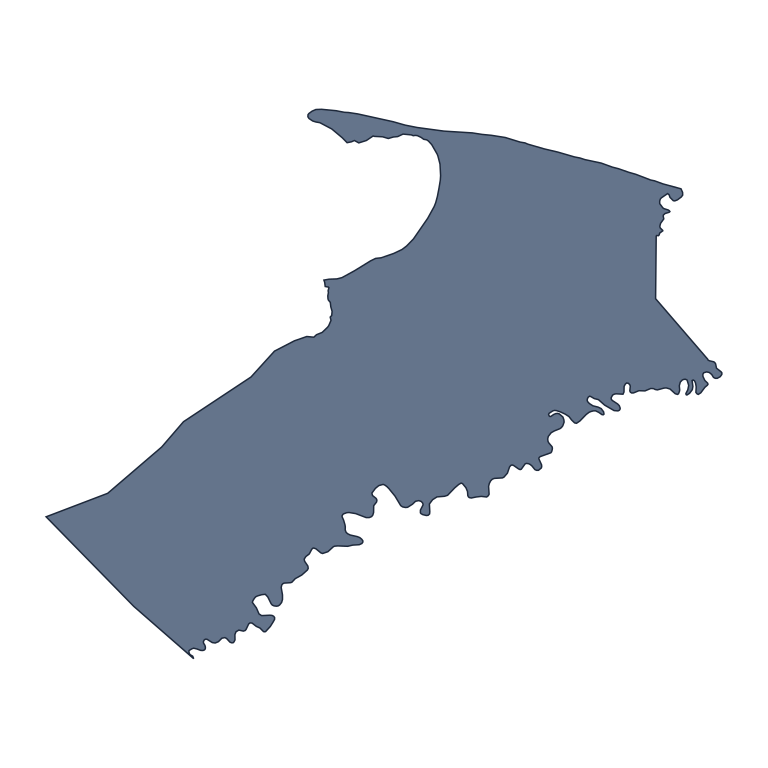 the district of Trujillo, Colón, Honduras
{"feature_id": "27666195B42436933929514", "entity_name": "Trujillo", "entity_type": "district", "adm_level": 2, "iso_a3": "HND", "parent_name": "Honduras", "parent_adm1": "Colón", "projection": "albers", "projection_center": [-85.893, 15.828], "detail": "fine", "context": "isolated", "style": "filled", "palette": "slate", "viewbox_px": 768, "rotation_deg": 0, "n_neighbors": 0, "source": "geoboundaries", "source_scale": "gbopen_adm2", "svg_char_len": 6131}
<svg xmlns="http://www.w3.org/2000/svg" viewBox="0 0 768 768"><path d="M681.0,188.8L663.0,183.9L654.5,180.8L650.6,180.0L635.8,174.3L628.8,172.3L618.5,168.7L612.3,167.1L601.3,163.1L584.9,159.6L580.0,158.0L574.4,156.9L557.9,152.1L544.3,148.9L527.7,144.1L525.0,142.9L520.2,142.1L505.3,137.5L491.4,135.3L482.1,134.4L472.4,132.9L443.9,131.1L417.2,127.5L405.1,125.1L393.1,121.7L357.7,113.9L348.4,112.5L344.4,112.3L336.1,110.7L321.6,109.3L315.9,109.5L312.0,111.2L308.9,113.5L308.0,114.7L307.9,116.8L309.0,118.5L312.7,121.0L315.9,122.0L319.9,122.7L331.8,129.0L342.3,137.8L347.1,142.7L351.5,141.8L354.4,140.5L358.8,142.9L366.4,140.5L373.1,136.0L374.5,136.4L382.6,136.8L388.3,138.5L393.4,137.0L397.7,136.6L403.0,134.1L411.4,134.9L413.2,135.7L415.2,135.4L417.3,135.6L421.1,137.4L423.7,139.3L426.6,139.8L428.4,141.0L431.7,144.6L437.2,154.2L437.9,156.0L440.0,164.1L440.6,175.7L440.3,180.2L439.0,188.1L437.4,196.4L435.7,202.7L434.2,206.5L427.7,218.3L413.4,239.0L406.6,246.0L402.0,249.5L393.6,253.5L381.1,257.8L375.6,258.4L370.5,260.9L354.4,270.8L342.0,277.6L336.9,278.9L329.0,279.2L323.9,280.1L324.7,282.4L325.2,286.5L328.4,287.1L328.9,287.7L328.1,290.8L328.4,292.6L327.8,295.9L328.0,298.9L328.4,300.1L330.3,302.4L330.8,306.8L332.1,311.4L331.7,315.5L330.2,317.1L331.0,320.4L328.7,325.7L327.6,327.2L322.2,332.4L316.5,334.7L313.8,337.2L306.8,336.5L294.4,340.8L274.5,351.1L251.0,377.0L183.5,421.7L161.7,447.0L107.7,493.3L46.1,516.8L133.8,606.4L193.7,658.7L192.7,656.2L190.2,654.7L189.5,653.8L188.9,652.0L189.1,650.5L191.9,648.8L193.7,648.2L197.0,649.0L200.7,650.4L202.9,650.5L204.5,649.9L205.3,648.8L205.4,647.1L204.9,645.3L203.5,643.0L203.4,641.7L204.1,640.1L205.3,639.2L206.9,639.2L212.3,642.6L215.2,643.0L218.4,641.7L221.9,638.2L224.9,637.6L226.6,638.5L229.9,642.1L231.5,642.8L233.0,642.8L234.0,641.9L235.0,639.9L234.9,634.6L236.0,631.8L238.8,630.1L243.4,631.1L245.2,630.5L246.1,629.4L248.7,623.9L250.1,622.9L252.1,623.1L256.3,626.4L259.9,628.0L263.5,631.6L264.7,631.8L265.6,631.6L270.3,626.5L273.2,621.9L274.6,619.3L274.6,617.5L273.6,616.2L272.0,615.4L269.8,615.2L261.6,615.6L259.0,613.9L256.4,607.9L252.4,602.4L252.8,600.9L254.4,598.3L255.7,596.8L257.6,595.9L261.7,594.7L265.3,594.3L267.8,597.0L271.1,603.7L272.3,605.1L274.1,605.9L276.6,606.2L278.2,605.9L279.6,605.0L281.6,602.5L282.5,599.5L282.5,594.9L281.2,587.5L281.8,584.9L282.7,583.8L284.1,583.1L290.4,582.7L291.8,582.3L295.3,578.6L301.8,575.0L307.4,570.0L308.2,568.4L307.9,566.1L304.6,561.2L304.2,559.1L305.9,556.5L309.3,553.9L311.8,549.2L313.0,548.1L314.0,548.1L315.9,548.8L320.9,552.9L322.6,553.5L327.9,551.7L333.4,546.7L334.5,546.2L337.7,545.9L347.7,546.3L352.7,545.1L359.3,544.7L361.9,543.5L362.9,542.0L362.8,540.7L361.7,539.2L359.8,537.6L357.3,536.6L350.2,535.0L347.6,533.7L346.1,532.3L345.2,529.9L345.3,526.9L345.0,524.9L343.6,520.1L342.1,516.8L342.1,515.8L342.8,514.5L343.5,513.9L346.7,512.7L349.0,512.5L355.7,513.6L366.2,517.6L369.2,517.6L371.6,516.6L372.8,515.1L373.6,512.5L373.7,505.7L376.5,502.1L376.9,500.6L376.7,499.4L376.0,498.3L372.5,495.5L371.9,493.1L375.4,488.4L378.8,485.6L383.1,484.4L384.7,485.0L386.8,486.5L388.8,488.5L395.0,496.1L400.7,505.6L402.6,506.9L405.5,507.5L407.6,507.3L412.5,504.2L415.5,501.3L418.8,500.6L421.3,501.5L422.7,503.1L423.1,504.8L420.4,510.1L420.4,512.8L421.0,513.6L422.7,514.6L426.3,515.5L428.1,515.3L429.6,513.9L429.8,511.8L429.4,504.0L432.6,499.7L437.0,496.9L444.5,496.3L447.6,495.3L454.7,487.9L458.8,484.4L461.1,483.1L462.5,483.6L465.9,487.7L467.5,491.5L467.8,495.6L468.4,496.8L469.3,497.6L471.3,498.0L476.1,497.0L481.3,496.4L486.7,497.0L488.3,495.7L489.1,494.2L488.6,486.3L489.3,483.5L490.7,480.8L492.3,479.2L494.3,478.4L502.4,477.9L503.9,477.2L507.4,473.2L509.6,466.8L511.0,465.3L512.1,465.0L513.5,465.4L518.5,468.9L520.1,469.6L521.3,469.2L525.1,463.9L526.3,463.4L528.6,463.7L530.2,464.5L531.9,465.9L534.9,469.6L536.5,470.3L538.5,470.3L541.3,468.0L541.7,466.8L541.6,464.9L538.8,458.7L539.1,457.6L540.2,456.6L550.8,452.8L551.6,451.8L552.2,449.8L552.4,448.1L552.1,446.8L548.8,442.9L548.0,441.4L547.7,438.9L548.3,436.4L551.2,432.7L554.4,430.9L559.9,428.7L561.4,427.6L562.8,425.8L564.1,422.1L563.9,419.9L562.9,417.0L559.3,413.9L557.5,413.4L555.7,413.6L553.6,414.5L550.9,416.4L550.1,416.5L549.3,416.1L548.6,414.6L549.0,413.4L552.8,410.9L554.5,410.4L556.5,410.6L560.6,412.0L565.3,414.2L569.0,416.6L571.6,420.0L574.6,422.9L576.5,423.3L579.9,421.0L586.2,414.5L589.1,412.3L591.0,411.5L593.3,410.9L595.5,410.8L598.8,412.4L601.9,414.6L603.2,414.8L604.0,414.1L603.6,411.8L601.2,408.6L598.1,407.1L592.9,405.8L589.5,403.6L588.0,402.1L587.2,400.7L587.3,399.1L588.1,397.3L589.6,396.2L590.7,396.5L594.3,398.6L598.4,399.6L604.6,405.1L614.1,410.6L618.0,410.9L619.4,410.2L620.0,409.3L620.2,408.2L619.3,405.7L617.7,404.0L612.2,400.4L611.2,399.0L611.2,397.7L612.6,395.1L614.2,394.2L616.0,393.8L623.0,394.2L624.0,392.0L624.1,386.4L625.3,384.1L626.6,383.0L628.4,383.3L629.8,384.8L630.3,386.1L629.8,390.9L630.4,392.2L631.7,393.0L633.6,392.9L638.9,390.7L645.0,390.9L650.7,388.5L653.5,388.6L655.2,389.5L657.4,389.9L664.0,388.1L666.2,387.9L670.0,389.0L675.2,393.7L677.5,394.4L678.5,393.8L679.4,391.5L679.7,389.9L679.3,385.8L680.3,382.1L682.4,379.9L684.1,379.3L685.7,379.3L687.1,380.1L688.7,385.4L687.8,389.8L685.9,393.5L686.1,394.6L686.9,395.0L689.6,393.3L692.3,389.7L692.9,386.5L692.1,380.5L693.2,380.0L694.5,380.8L695.5,382.9L696.2,386.8L695.9,392.4L697.1,393.9L698.3,394.4L700.8,392.8L704.9,387.3L707.4,385.2L708.0,384.2L707.6,383.1L704.8,380.4L702.9,376.3L702.9,374.2L703.7,372.8L706.6,371.9L709.3,372.5L711.7,374.5L713.5,377.4L715.2,378.3L717.3,378.3L720.2,376.7L721.8,374.5L721.9,372.9L721.1,371.8L716.5,368.2L715.6,363.8L714.8,362.6L713.8,361.8L709.5,360.8L708.1,360.1L707.7,359.2L655.6,298.7L656.2,236.1L656.7,235.5L658.4,235.7L659.1,235.0L659.7,233.1L662.8,230.8L662.7,230.4L660.2,227.9L659.8,226.3L660.6,223.3L663.8,218.9L663.2,216.1L663.4,215.0L665.1,213.5L669.1,212.3L669.9,211.6L669.4,210.8L668.3,210.0L663.9,208.6L662.8,207.8L659.7,203.6L659.7,201.0L660.3,199.1L661.3,197.9L667.6,193.6L669.1,194.8L670.0,197.4L673.3,200.7L674.8,200.9L677.4,199.9L681.3,197.0L682.7,195.1L682.6,192.4L681.0,188.8Z" fill="#64748b" stroke="#1e293b" stroke-width="1.5"/></svg>